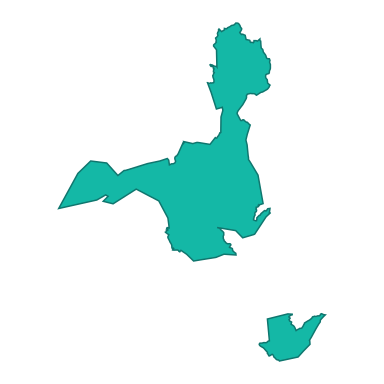 outline of Putla Villa de Guerrero, Oaxaca, Mexico
{"feature_id": "50627088B16530666088464", "entity_name": "Putla Villa de Guerrero", "entity_type": "district", "adm_level": 2, "iso_a3": "MEX", "parent_name": "Mexico", "parent_adm1": "Oaxaca", "projection": "orthographic", "projection_center": [-97.862, 16.982], "detail": "fine", "context": "isolated", "style": "filled", "palette": "teal", "viewbox_px": 384, "rotation_deg": 0, "n_neighbors": 0, "source": "geoboundaries", "source_scale": "gbopen_adm2", "svg_char_len": 5905}
<svg xmlns="http://www.w3.org/2000/svg" viewBox="0 0 384 384"><path d="M77.9,173.4L58.7,208.5L96.8,200.0L105.7,194.9L108.1,196.3L103.2,201.3L113.1,203.8L136.2,189.1L158.8,200.9L167.9,218.0L168.9,225.5L169.1,228.0L168.5,228.0L168.2,227.7L167.2,227.6L166.8,228.1L166.9,228.3L166.7,228.5L166.9,228.9L167.1,228.6L167.3,229.0L167.6,229.2L168.0,228.9L167.9,229.1L167.5,229.4L167.4,229.5L167.6,229.5L167.7,229.8L167.7,230.3L167.4,230.3L167.3,229.9L166.3,230.1L166.4,230.6L166.7,230.9L166.1,231.7L165.7,232.1L165.4,232.2L165.5,232.4L166.2,232.8L166.7,233.1L167.0,233.5L168.8,234.7L167.8,237.0L168.1,238.1L169.4,240.6L170.0,242.0L170.3,242.6L170.8,243.2L171.6,244.8L171.8,245.8L171.9,247.6L172.3,248.6L173.3,248.1L173.7,248.4L172.8,250.0L174.0,250.1L177.5,250.0L178.4,250.5L179.0,251.4L179.8,251.8L180.3,251.0L180.9,250.6L181.0,250.4L186.6,254.2L193.6,261.0L201.4,259.7L215.9,257.4L224.0,254.2L236.0,255.0L235.8,253.3L234.9,252.7L233.8,251.8L233.5,251.3L232.9,251.0L232.7,250.5L232.4,248.7L231.8,248.2L229.6,247.5L229.4,247.2L230.8,245.1L230.8,244.4L230.3,243.9L229.8,243.7L227.9,243.8L226.5,243.3L225.4,242.1L225.0,241.5L224.6,241.3L224.1,240.7L223.9,239.6L223.3,238.6L223.3,237.9L223.2,236.2L223.8,235.0L223.7,232.5L222.4,231.1L221.0,230.0L220.6,229.2L219.4,228.2L217.1,227.5L235.7,230.6L242.7,237.8L253.6,234.6L254.7,234.1L266.1,216.8L270.6,212.6L269.3,213.1L270.0,208.4L267.8,208.7L267.3,209.3L266.6,210.5L265.9,211.0L264.9,210.5L264.0,211.0L263.5,211.4L262.4,212.5L261.4,213.2L260.8,213.9L260.2,215.1L259.3,215.3L258.5,216.1L256.8,217.9L256.9,219.1L256.5,220.7L255.7,220.8L253.5,219.9L253.6,218.5L254.1,217.9L253.9,217.1L254.3,216.5L254.6,215.8L255.0,215.2L255.0,214.3L254.8,213.4L255.4,212.0L256.2,211.7L256.6,210.7L256.4,209.3L255.9,209.1L256.2,208.5L256.2,207.3L256.9,207.3L258.0,206.5L258.3,205.5L258.6,206.2L259.3,205.3L259.5,204.8L263.1,203.6L258.0,175.1L250.1,161.9L248.5,159.5L248.5,157.8L248.1,155.2L247.1,144.9L245.9,140.0L247.3,134.2L250.2,125.0L248.8,123.9L247.9,122.8L247.2,122.2L246.5,122.3L245.2,121.2L244.2,120.6L243.9,120.2L243.8,119.8L242.4,119.9L241.9,120.6L240.7,120.5L237.1,113.7L237.3,112.4L238.2,110.6L242.8,104.6L246.2,98.6L246.6,97.0L246.4,96.1L246.5,95.4L246.8,95.2L247.3,94.2L250.5,93.4L251.4,93.6L254.4,93.7L255.2,94.2L255.6,94.6L256.5,95.2L261.0,92.3L262.6,92.0L267.4,89.2L268.2,88.3L269.2,86.9L269.6,85.5L270.0,85.1L267.7,83.2L267.2,79.6L266.2,78.5L265.7,77.5L265.6,76.6L265.7,75.4L265.9,74.7L266.8,74.1L268.9,73.5L269.2,73.0L269.4,72.0L269.4,70.9L270.1,69.5L270.4,68.3L270.4,64.5L269.6,62.4L269.6,61.8L270.0,60.4L269.4,58.8L269.0,58.7L268.3,58.8L266.9,58.4L266.4,57.6L265.8,55.5L265.2,54.5L263.3,52.0L262.9,49.9L262.6,49.3L262.0,48.8L261.2,47.9L260.9,44.8L260.7,41.1L260.2,40.8L259.9,40.4L259.9,39.0L257.5,41.1L257.1,41.0L256.1,40.6L254.0,40.6L253.9,41.9L253.6,42.4L253.4,42.7L251.7,42.3L250.8,42.5L250.4,42.3L250.2,42.0L249.9,40.6L249.7,40.3L246.1,39.5L245.2,35.4L244.9,35.1L243.9,34.8L242.8,34.2L242.3,34.2L241.8,34.5L241.4,34.5L240.9,33.9L240.7,33.4L240.3,33.1L239.9,32.9L239.7,32.7L239.8,32.4L240.2,31.8L240.6,31.4L241.4,29.9L241.7,29.0L241.6,28.4L240.6,27.3L240.0,25.6L239.6,25.2L239.4,24.4L238.8,24.0L238.4,23.5L237.9,23.2L237.1,23.1L236.5,23.1L235.9,23.0L235.2,23.8L234.0,24.8L233.7,25.1L231.8,25.4L231.3,25.6L230.0,26.6L229.3,27.0L228.4,27.3L227.4,27.9L226.9,28.6L226.2,28.8L224.4,28.4L224.4,29.9L221.6,31.6L219.0,29.0L218.6,29.6L218.4,30.0L218.8,31.0L218.4,31.6L217.8,32.2L217.4,33.6L217.9,35.4L217.4,36.3L216.9,37.0L215.6,38.0L215.6,38.4L216.2,39.8L216.2,40.5L216.0,41.6L216.3,42.2L215.0,43.7L214.0,44.5L213.6,45.0L213.6,45.4L213.6,46.1L216.5,49.8L216.9,66.8L216.5,66.2L215.5,66.4L214.9,66.3L213.2,65.6L212.9,65.3L212.5,65.1L212.2,65.1L211.8,64.8L210.6,64.9L210.3,64.6L210.0,64.9L211.0,66.4L212.0,66.5L212.6,66.5L213.1,66.7L213.4,68.5L213.9,68.4L214.0,69.3L213.6,70.1L213.4,71.6L213.4,71.9L214.3,72.6L213.8,73.4L213.5,73.9L213.1,75.3L212.8,75.5L212.8,75.9L213.0,77.2L213.8,79.4L214.0,80.5L213.9,81.9L213.7,82.6L213.4,82.8L212.7,82.8L211.5,83.1L210.8,82.8L210.4,83.0L209.1,83.4L208.7,83.4L207.9,82.7L207.5,82.7L211.2,92.6L216.4,109.0L222.3,107.3L222.4,108.5L222.6,108.7L222.8,109.3L222.7,109.7L222.8,110.6L221.0,117.0L220.8,132.5L220.2,132.9L219.9,132.8L218.7,135.4L218.5,135.8L217.8,136.3L217.0,137.8L216.6,138.1L216.0,138.1L215.3,137.6L210.0,144.4L198.9,142.6L197.0,142.4L192.8,143.6L184.3,141.7L184.6,142.1L183.5,143.4L183.6,142.3L183.4,142.1L178.0,154.1L177.6,154.5L176.9,155.7L175.6,156.4L175.2,156.9L174.9,157.6L174.8,158.1L174.9,159.1L175.6,161.2L175.5,161.7L174.8,163.0L173.6,163.6L172.9,163.8L171.7,163.8L171.3,163.9L169.8,164.8L169.4,164.9L168.7,160.1L167.3,158.5L159.8,161.0L147.5,163.6L125.6,170.4L124.1,170.5L122.7,171.6L117.9,175.5L106.7,163.0L90.7,161.0L77.9,173.4ZM325.3,314.9L323.4,314.6L322.6,314.1L321.4,313.7L320.5,314.2L320.1,315.3L319.5,315.8L317.5,315.9L316.6,316.3L315.7,316.4L315.0,316.4L314.3,316.2L313.6,316.7L312.8,316.7L312.3,317.2L311.7,318.3L309.3,320.2L308.2,320.7L304.5,323.0L304.2,324.1L303.7,324.8L302.8,326.7L302.3,327.2L302.0,327.9L301.3,328.3L299.6,328.4L298.9,328.9L298.7,329.2L298.0,329.4L297.3,329.7L296.1,330.6L294.7,327.3L293.6,325.8L291.1,324.2L291.6,322.1L290.8,321.5L289.7,321.1L289.0,319.5L289.8,318.8L290.1,318.3L289.8,317.7L289.1,317.3L288.9,316.8L289.2,316.2L290.6,315.5L291.8,314.7L292.2,314.7L292.2,314.2L287.8,313.9L267.4,319.0L269.4,340.8L268.2,341.1L266.9,342.3L266.0,342.7L263.7,342.6L262.1,343.1L259.8,343.2L259.2,344.2L259.5,345.1L260.3,346.0L261.4,346.7L263.5,347.9L266.5,351.3L267.0,351.7L267.5,352.8L267.4,353.6L267.9,354.0L268.3,354.5L268.5,355.2L269.1,356.0L270.1,355.6L272.1,354.3L272.8,354.7L273.3,355.4L274.1,357.3L274.8,357.7L275.8,358.9L276.4,359.4L277.2,359.9L278.2,359.9L278.9,360.3L279.4,361.0L298.1,357.0L303.4,351.1L310.0,344.3L309.7,340.3L309.5,340.2L311.3,337.3L316.0,328.7L318.7,324.1L320.2,322.0L320.4,320.0L323.7,316.4L325.3,314.9Z" fill="#14b8a6" stroke="#0f766e" stroke-width="1.5"/></svg>